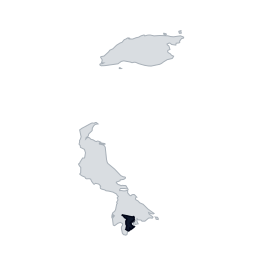 Kinabatangan, Sabah, Malaysia shown in context, rotated 101°
{"feature_id": "92858781B11608738367966", "entity_name": "Kinabatangan", "entity_type": "district", "adm_level": 2, "iso_a3": "MYS", "parent_name": "Malaysia", "parent_adm1": "Sabah", "projection": "equal_earth", "projection_center": [118.123, 5.328], "detail": "fine", "context": "in_parent", "style": "filled", "palette": "ink", "viewbox_px": 256, "rotation_deg": 101, "n_neighbors": 0, "source": "geoboundaries", "source_scale": "gbopen_adm2", "svg_char_len": 5708}
<svg xmlns="http://www.w3.org/2000/svg" viewBox="0 0 256 256"><g transform="rotate(101 128 128)"><path d="M215.5,127.0L214.1,126.7L212.3,125.2L210.4,124.6L204.8,124.6L204.0,124.1L203.0,125.0L201.0,124.2L199.9,124.3L198.7,125.3L197.0,124.4L196.1,125.8L195.0,126.7L193.8,130.4L193.6,134.8L193.8,137.6L193.2,139.1L193.0,142.2L192.6,143.5L191.0,144.1L190.3,143.7L188.9,145.6L188.6,146.3L188.5,149.4L189.6,150.3L189.6,151.0L187.3,153.5L185.4,154.9L185.1,156.2L185.8,158.9L185.5,160.1L184.5,160.8L183.7,164.2L182.7,166.3L182.4,166.6L181.0,165.9L175.8,166.8L174.3,168.6L172.8,169.7L171.6,168.6L171.0,168.7L166.1,166.8L165.9,165.2L165.4,164.9L160.4,165.0L157.3,166.7L156.1,171.0L154.4,171.5L153.2,173.0L151.0,172.8L149.7,173.2L147.5,172.5L145.5,172.4L139.1,175.1L137.1,173.2L130.8,165.5L129.9,164.2L129.7,161.8L129.0,161.4L128.8,160.8L128.7,160.1L129.7,158.2L130.6,160.7L132.2,162.0L134.9,163.0L137.4,162.7L141.0,165.2L142.1,165.6L143.3,165.4L145.5,167.3L146.9,167.4L145.1,166.1L144.8,165.0L145.0,163.9L146.1,162.4L146.3,160.0L147.2,157.7L147.4,156.5L146.7,155.7L146.6,154.3L147.1,152.2L148.3,153.3L149.3,153.0L149.3,149.4L150.0,147.8L151.2,146.7L163.2,143.0L165.2,142.1L166.6,141.1L170.9,133.3L176.1,126.0L176.8,123.4L176.7,121.6L177.0,121.1L177.6,120.9L178.7,121.8L179.3,122.6L180.4,125.7L181.4,125.8L183.1,128.8L183.5,129.2L184.0,129.0L185.3,127.0L185.6,125.6L185.4,125.4L186.0,123.8L185.4,122.8L185.0,119.1L188.0,116.4L188.0,119.5L188.8,123.8L190.4,124.5L191.1,124.2L190.7,122.9L190.6,120.3L190.2,118.6L189.2,116.4L191.7,116.0L193.7,113.6L194.0,112.2L192.7,111.3L192.3,110.2L192.2,109.0L194.2,106.2L194.5,107.0L195.7,107.2L196.3,107.2L197.2,106.1L197.6,104.4L199.2,102.2L200.0,98.6L203.8,92.9L206.9,86.1L207.5,86.7L207.7,88.5L207.0,91.7L208.4,90.9L210.7,86.4L212.0,87.1L211.9,88.4L212.5,90.6L216.2,93.6L216.8,96.5L215.9,97.6L216.2,100.4L215.9,101.3L214.7,102.1L218.1,101.3L220.1,99.7L221.3,102.5L219.4,103.5L219.8,104.7L221.6,104.0L222.7,103.1L223.9,103.3L225.6,104.4L226.1,105.0L226.5,106.4L227.7,106.9L230.4,108.7L232.8,108.7L233.6,109.7L233.5,112.1L232.3,113.5L227.3,115.5L226.0,115.4L224.2,114.7L222.9,115.1L222.1,117.5L223.5,119.8L226.1,122.2L226.5,122.8L226.0,124.0L220.1,125.9L218.9,125.7L216.8,124.5L215.5,127.0ZM27.5,94.0L28.2,90.7L29.1,90.6L30.0,92.5L33.0,94.0L33.9,93.5L34.4,93.8L34.8,94.3L35.6,96.9L37.5,96.9L37.7,101.1L36.8,102.7L36.7,103.8L38.1,105.7L38.9,105.3L39.7,103.5L42.9,101.8L44.2,103.7L45.4,103.7L46.3,103.0L47.0,100.8L48.3,99.1L48.8,96.9L50.7,97.5L51.4,98.0L53.4,102.5L56.2,105.6L58.2,107.4L59.4,109.0L62.8,117.1L63.2,119.8L63.3,123.8L62.8,129.8L62.1,132.9L62.2,134.3L63.1,136.5L62.8,138.5L62.9,145.0L63.9,147.3L66.9,150.1L71.2,162.6L72.0,166.1L71.6,167.5L70.8,167.8L70.1,167.1L69.7,165.4L68.7,164.1L68.8,166.5L66.9,166.2L65.6,166.6L64.0,168.3L63.2,168.3L61.9,165.2L57.0,161.6L55.1,160.7L53.2,158.0L48.9,155.0L46.1,152.0L45.0,150.2L42.1,148.6L40.9,146.8L39.7,145.7L40.4,143.9L39.8,140.4L37.8,137.2L36.9,135.0L35.0,132.7L33.6,130.0L34.4,129.2L33.0,126.2L32.5,124.1L32.6,120.0L31.1,114.3L29.9,106.4L30.1,103.7L29.8,100.7L27.5,94.0ZM210.8,83.5L210.2,84.3L210.0,82.2L210.9,81.1L212.1,80.9L212.2,82.8L211.9,83.3L210.8,83.5ZM24.6,93.7L25.3,95.3L24.8,96.1L24.3,95.9L23.4,96.6L22.5,95.1L22.4,94.4L23.5,94.5L24.6,93.7ZM148.7,152.5L148.3,152.7L147.8,152.2L147.7,147.8L148.1,147.4L148.6,148.3L148.7,152.5ZM29.7,109.0L28.9,111.1L28.1,110.9L28.3,108.5L28.7,108.2L29.7,109.0ZM218.8,126.8L217.3,127.1L216.3,127.0L216.4,125.9L216.9,125.7L218.8,126.8ZM71.3,147.9L70.5,148.0L70.3,147.4L70.9,145.9L71.3,147.9ZM40.0,144.2L39.5,144.5L39.5,143.6L39.9,143.1L40.0,144.2Z" fill="#d9dde1" stroke="#a8b0b8" stroke-width="1"/><path d="M228.8,107.8L228.8,107.6L228.6,107.5L228.6,107.4L228.4,107.3L228.3,107.2L228.2,107.2L227.9,107.0L227.6,106.6L227.3,106.2L227.2,106.1L227.1,105.8L227.0,105.7L226.9,105.7L226.7,105.7L226.5,105.8L226.4,106.0L226.4,106.5L226.3,106.8L226.2,107.0L226.1,107.3L225.9,107.3L225.9,107.2L226.0,107.0L226.0,106.8L226.1,106.7L226.3,106.4L226.2,106.1L226.2,105.9L226.3,105.8L226.4,105.7L226.5,105.6L226.5,105.4L226.4,105.2L226.2,105.0L226.1,104.9L225.8,104.6L224.9,103.9L224.4,103.5L224.1,103.4L224.0,103.1L223.8,103.0L223.8,103.3L224.0,103.4L224.1,103.6L224.1,103.8L224.0,103.7L223.9,103.5L223.8,103.4L223.7,103.5L223.7,104.0L223.5,104.4L223.5,104.5L223.3,104.6L223.3,104.9L223.3,105.0L223.1,105.1L223.0,105.3L222.9,105.5L222.9,105.9L221.8,106.7L221.6,106.5L221.2,106.7L221.2,107.5L220.4,107.5L220.4,106.9L219.4,106.8L218.9,106.4L219.3,105.5L219.1,105.5L219.0,105.4L218.9,105.4L218.7,105.4L218.2,105.8L218.0,105.4L218.0,105.2L218.0,104.8L217.7,105.1L217.5,104.9L217.1,104.9L216.9,104.3L216.7,104.5L216.4,104.6L216.2,104.6L215.9,104.7L215.7,104.8L215.4,104.8L215.1,104.9L215.0,105.0L214.8,105.0L214.6,104.9L214.3,105.1L213.9,105.4L213.9,105.5L213.9,105.8L214.0,106.0L214.3,106.3L214.4,106.5L214.5,106.6L214.5,107.9L214.5,111.0L214.4,111.1L214.4,117.5L214.5,117.3L214.6,117.1L214.8,117.1L215.0,116.8L215.0,116.6L214.9,116.4L214.8,116.2L214.8,115.8L214.9,115.7L215.1,115.7L215.5,115.4L215.7,115.2L215.7,114.9L215.9,114.9L216.2,114.7L216.3,114.6L216.6,114.4L216.7,114.1L216.7,113.9L216.7,113.7L216.7,113.2L216.9,113.1L216.9,112.8L217.0,112.5L217.1,112.4L217.4,112.3L217.5,112.1L217.6,111.8L217.7,111.6L217.9,111.6L218.0,111.6L218.2,111.8L218.4,111.9L218.6,111.9L218.8,111.8L219.1,111.9L219.2,112.1L219.3,112.2L219.6,112.2L219.8,112.3L220.0,112.3L220.3,112.2L220.9,112.1L222.2,111.8L222.7,111.7L223.0,111.5L223.3,111.4L223.6,111.1L223.8,110.8L223.9,110.6L227.7,110.7L227.9,110.8L228.0,110.5L228.0,110.4L228.2,110.2L228.3,109.9L228.3,109.6L228.5,109.4L228.5,109.1L228.8,108.9L228.8,108.7L228.8,108.4L228.7,108.3L228.8,108.1L228.8,107.8Z" fill="#0f172a" stroke="#020617" stroke-width="1.5"/></g></svg>